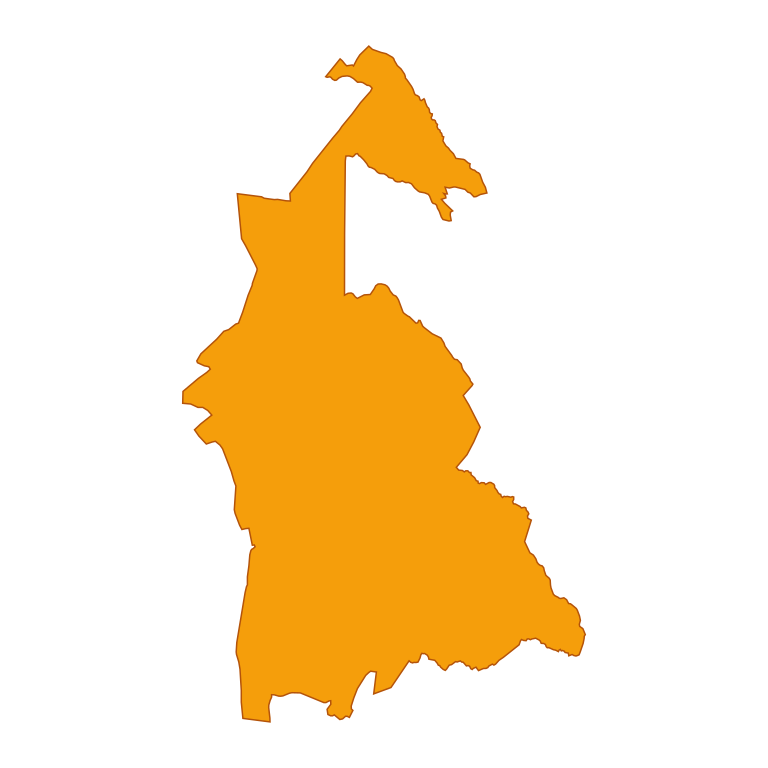 the district of Lari, Central, Kenya
{"feature_id": "3690345B40431411925250", "entity_name": "Lari", "entity_type": "district", "adm_level": 2, "iso_a3": "KEN", "parent_name": "Kenya", "parent_adm1": "Central", "projection": "equal_earth", "projection_center": [36.685, -0.915], "detail": "fine", "context": "isolated", "style": "filled", "palette": "amber", "viewbox_px": 768, "rotation_deg": 0, "n_neighbors": 0, "source": "geoboundaries", "source_scale": "gbopen_adm2", "svg_char_len": 6083}
<svg xmlns="http://www.w3.org/2000/svg" viewBox="0 0 768 768"><path d="M448.5,148.1L445.9,145.9L442.9,140.9L443.7,136.8L442.3,136.3L441.6,133.3L440.3,132.1L439.9,130.2L438.0,129.0L437.0,126.5L437.5,124.5L435.9,122.8L435.3,120.7L434.1,119.9L432.6,119.9L431.6,119.1L431.2,117.3L432.1,115.8L432.3,113.9L430.7,113.5L429.6,112.3L429.3,109.7L428.7,108.2L427.2,106.8L425.4,102.5L424.8,100.1L424.0,98.8L421.3,100.6L420.1,99.9L419.1,96.9L417.4,95.6L415.4,94.9L414.5,93.6L413.0,89.2L411.6,86.5L406.8,79.6L405.4,78.1L405.3,76.5L404.5,74.1L401.0,68.9L397.3,65.6L394.4,60.6L393.8,58.8L392.6,57.4L386.1,53.7L380.9,52.4L372.4,49.4L368.8,46.1L359.8,54.9L356.8,59.6L353.5,66.0L352.3,65.0L346.7,65.8L345.4,64.6L342.2,60.7L340.1,58.9L325.7,76.7L327.1,77.3L329.9,76.8L331.1,77.5L332.5,79.2L334.8,80.4L336.5,80.1L338.8,78.0L342.1,76.4L347.2,75.9L349.9,76.4L353.4,78.5L357.5,82.2L360.8,82.1L362.9,82.6L367.2,85.3L368.7,85.4L370.2,86.1L372.1,88.2L370.5,91.4L360.5,102.7L352.2,113.9L341.9,126.4L339.3,130.3L332.6,138.2L312.6,163.3L307.0,171.8L289.9,193.4L290.4,201.0L286.1,200.8L277.6,199.4L274.4,199.6L268.9,198.9L264.1,198.2L261.6,196.8L237.3,193.7L241.6,238.7L245.7,245.9L255.4,264.8L257.2,268.8L256.9,270.8L252.4,283.4L252.2,285.3L248.1,295.3L242.7,312.1L238.5,323.2L235.7,324.1L228.7,329.6L223.8,331.3L216.7,339.2L200.9,353.8L196.8,360.9L197.5,362.7L204.3,365.8L208.8,366.7L210.3,369.2L206.8,372.4L198.5,378.3L183.0,391.4L182.7,403.3L190.7,404.0L198.0,407.4L202.8,407.4L207.8,410.5L211.8,415.1L200.6,424.0L194.5,429.8L198.9,436.1L206.3,444.0L212.2,442.0L215.4,441.3L220.0,445.1L222.6,448.8L231.3,471.5L234.0,481.0L235.9,486.0L234.3,509.7L235.1,513.4L239.6,525.2L241.9,529.5L245.7,528.6L248.9,528.3L252.3,545.2L254.3,545.0L255.1,546.8L253.1,548.6L251.6,549.4L250.8,550.8L249.8,554.8L248.9,565.8L247.4,576.8L247.4,584.9L246.5,586.6L245.1,592.6L236.8,642.5L236.2,651.9L236.5,654.4L238.8,662.0L240.0,669.2L241.3,690.5L241.3,702.2L242.9,718.4L270.0,721.9L269.9,718.1L268.7,707.6L268.8,705.0L270.1,700.5L271.6,697.1L271.6,694.7L274.2,694.8L278.7,696.1L280.6,696.2L282.9,695.9L289.5,693.2L291.9,692.7L300.3,692.9L323.9,702.6L325.9,702.6L329.1,700.9L330.7,700.7L330.8,704.3L327.1,709.3L327.9,714.5L330.7,715.8L332.6,715.8L334.3,714.9L339.8,719.5L342.6,718.9L345.5,716.3L347.2,716.3L349.4,717.4L352.9,710.4L351.4,709.0L351.2,706.1L353.8,697.9L357.4,688.6L365.7,675.4L368.8,672.5L370.6,671.2L376.4,672.0L373.7,693.9L391.0,687.5L409.1,660.8L410.7,662.3L412.6,662.9L413.9,662.4L416.0,662.5L418.0,662.1L420.0,658.0L420.9,654.7L421.9,653.3L423.1,653.7L424.6,653.5L427.3,655.2L428.4,657.0L428.9,659.2L434.8,660.3L437.3,663.3L438.3,665.2L439.7,665.6L440.7,667.2L443.2,669.4L445.3,670.4L446.6,669.1L449.2,665.2L451.6,664.6L455.6,661.6L457.1,662.0L460.3,660.9L461.8,662.1L463.2,662.2L466.4,665.9L468.0,665.6L469.6,666.2L470.8,668.7L472.2,669.5L473.3,668.4L476.0,667.2L478.5,670.6L483.4,668.5L486.1,668.4L487.8,667.6L488.9,666.0L492.4,664.1L493.9,665.1L495.6,664.1L499.0,660.3L503.4,657.3L519.1,644.8L520.4,641.0L521.5,639.5L523.5,640.4L526.1,640.7L527.2,639.0L528.8,638.9L530.4,639.7L531.8,639.0L535.7,638.2L539.1,640.0L540.2,641.0L541.2,643.3L543.8,643.5L545.4,644.5L546.2,646.6L547.2,647.7L549.0,647.7L553.4,649.7L555.7,650.2L558.4,651.6L559.1,650.1L560.3,649.4L561.3,650.9L562.5,650.5L564.1,651.1L565.1,652.5L568.3,653.1L568.8,655.8L572.1,654.5L573.8,655.5L576.0,656.0L577.8,655.4L579.1,654.8L580.3,651.7L583.1,643.5L584.1,638.6L584.3,636.2L585.3,634.6L582.9,628.7L579.7,626.4L579.3,624.3L580.4,620.4L579.5,616.0L577.3,610.2L576.3,608.5L571.5,604.5L570.4,603.8L568.6,603.5L566.6,599.7L563.9,597.8L560.8,598.5L559.4,598.3L558.1,597.3L554.7,595.6L553.3,594.1L551.0,587.9L550.5,585.1L550.2,580.1L549.3,578.3L545.9,575.4L544.3,570.8L543.7,567.8L542.2,565.9L540.1,565.3L538.4,564.0L537.0,562.1L535.9,558.9L533.4,555.1L529.9,552.8L524.6,541.6L531.3,520.1L527.8,518.3L527.5,515.9L528.8,513.9L528.0,512.0L526.4,510.3L525.8,507.9L524.4,507.3L521.3,507.9L520.2,506.6L515.4,504.0L513.5,503.8L512.6,501.6L513.7,499.5L513.7,497.0L512.3,496.6L510.9,497.2L507.3,496.4L505.5,496.7L504.1,496.3L502.5,497.5L501.1,496.0L500.7,494.4L499.3,494.0L497.9,492.4L497.0,490.5L494.7,487.6L494.6,485.6L493.8,484.2L492.4,483.4L490.9,482.5L489.1,482.5L485.6,484.4L484.2,482.8L481.3,482.6L479.6,483.6L478.2,483.1L478.0,481.2L476.3,480.7L474.6,477.7L471.2,474.9L470.9,472.5L469.5,472.6L467.8,470.8L465.8,470.8L464.3,471.9L462.4,470.5L458.7,470.1L456.3,467.3L467.0,454.7L473.7,442.0L480.2,427.3L468.8,404.9L463.2,395.5L472.0,385.7L472.9,384.1L470.4,381.0L469.8,378.8L468.6,377.0L463.3,370.2L462.2,367.9L461.2,364.0L457.2,359.7L454.5,359.3L452.7,357.2L451.7,355.4L445.1,346.4L443.9,342.9L441.0,338.1L432.2,333.8L424.2,327.6L422.7,326.2L420.1,320.5L418.7,320.4L417.7,322.8L416.0,323.2L409.4,316.8L407.7,316.0L404.0,313.3L403.0,312.1L398.5,300.0L397.1,297.6L395.9,296.1L393.2,294.9L390.2,291.1L388.8,288.2L387.2,286.2L385.0,284.8L381.2,283.9L378.1,284.0L375.7,285.8L374.2,288.8L370.3,294.5L364.2,294.9L357.3,298.4L355.3,296.9L352.9,293.8L351.2,293.0L348.0,293.3L344.5,295.2L344.6,233.3L345.3,160.9L345.9,156.1L349.0,155.9L352.6,156.8L354.0,155.8L355.6,154.0L357.5,153.6L359.0,155.8L360.2,156.3L363.6,159.7L366.9,163.8L368.1,166.0L369.3,167.2L371.1,167.5L374.7,169.3L377.3,172.1L378.6,173.0L379.8,173.5L384.2,173.8L387.1,175.6L388.7,177.4L393.0,178.5L394.4,180.5L395.9,181.5L397.7,181.9L400.4,181.8L402.1,180.9L405.7,182.6L408.6,182.5L411.5,183.8L414.5,187.8L418.0,190.9L419.6,191.9L424.6,192.8L428.3,194.3L429.6,196.1L431.9,202.0L433.1,203.4L434.9,203.8L436.6,205.2L437.4,208.0L439.3,211.4L441.4,217.2L443.0,219.5L449.0,221.0L451.2,220.6L450.2,215.0L450.5,212.1L452.7,210.9L444.8,203.3L441.4,199.3L445.9,197.9L445.6,195.9L443.8,193.5L445.7,194.0L447.3,193.9L445.1,187.2L449.4,188.0L453.7,187.0L455.4,187.0L465.1,189.4L467.9,192.2L470.3,193.0L473.9,196.8L476.1,196.6L480.3,194.5L486.9,193.0L485.4,187.3L482.7,182.2L479.9,174.3L478.6,172.9L476.7,172.1L474.6,170.2L472.8,169.8L470.2,168.3L469.7,166.0L470.1,163.8L468.1,162.9L464.7,159.9L463.5,159.4L455.9,158.4L453.4,153.7L450.0,150.3L448.5,148.1Z" fill="#f59e0b" stroke="#b45309" stroke-width="1.5"/></svg>